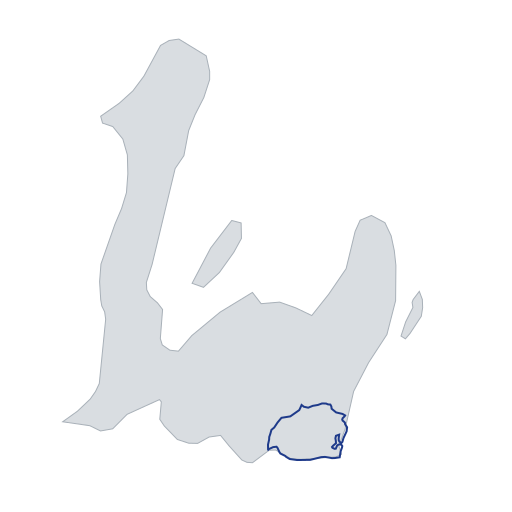 Haiti, with Nord-Est highlighted, rotated 97°
{"feature_id": "HTI-1386", "entity_name": "Nord-Est", "entity_type": "Department", "adm_level": 1, "iso_a3": "HTI", "parent_name": "Haiti", "parent_adm1": "", "projection": "robinson", "projection_center": [-71.895, 19.504], "detail": "fine", "context": "in_parent", "style": "outline", "palette": "blue", "viewbox_px": 512, "rotation_deg": 97, "n_neighbors": 0, "source": "natural_earth", "source_scale": "10m", "svg_char_len": 2491}
<svg xmlns="http://www.w3.org/2000/svg" viewBox="0 0 512 512"><g transform="rotate(97 256 256)"><path d="M442.4,147.1L445.6,152.1L452.3,185.8L452.9,196.6L446.2,212.9L447.2,219.3L461.6,234.3L461.9,239.8L460.2,245.2L447.8,259.5L438.4,269.3L441.4,280.5L449.1,291.1L450.0,300.0L447.7,311.7L435.9,326.3L429.8,331.6L412.3,332.2L410.3,334.3L419.0,348.6L428.9,364.7L445.0,377.2L448.6,389.0L444.7,400.2L444.1,427.7L431.8,414.3L418.2,403.1L410.1,398.8L401.7,396.0L337.1,397.5L329.9,399.4L324.3,403.0L318.3,404.8L300.5,408.1L282.9,408.9L241.7,399.9L225.3,395.2L208.9,392.3L190.1,393.2L171.3,396.0L156.2,402.4L145.0,413.9L142.8,424.5L136.2,427.2L121.0,410.3L107.1,398.3L91.2,389.2L58.6,376.4L52.7,368.5L50.1,359.0L63.4,329.8L78.4,324.5L86.6,323.5L105.1,327.1L123.2,333.7L139.7,338.1L165.2,339.8L179.0,346.9L277.0,358.1L295.6,361.6L302.9,360.3L309.2,356.0L314.5,348.1L320.5,342.2L349.6,340.9L355.7,338.2L360.0,330.0L359.9,321.4L342.8,310.0L316.1,284.8L292.6,255.1L302.7,245.1L298.9,226.9L302.7,210.0L308.3,193.4L285.1,179.2L257.6,165.0L219.5,160.6L207.8,157.0L201.7,146.4L207.2,132.1L219.6,124.3L233.8,119.4L248.3,116.0L283.3,112.0L318.0,116.5L348.0,131.2L378.5,142.6L417.0,146.5L434.4,150.6L442.4,147.1ZM293.5,304.3L290.9,316.1L253.7,302.0L223.7,284.4L225.0,274.8L240.3,272.6L255.1,278.5L276.8,290.3L293.5,304.3ZM314.1,93.7L320.0,97.6L317.8,102.3L303.1,99.4L288.0,94.0L283.0,95.4L280.0,94.7L271.2,89.6L278.9,85.6L287.0,84.3L295.7,84.6L314.1,93.7Z" fill="#d9dde1" stroke="#a8b0b8" stroke-width="1"/><path d="M445.6,148.4L446.9,153.0L447.4,156.0L447.2,158.6L447.0,163.0L447.7,166.8L451.7,177.3L453.5,190.3L453.4,197.8L451.7,201.6L450.9,202.6L449.1,207.7L447.7,208.9L443.8,211.3L442.8,212.4L443.6,215.7L446.1,219.7L446.8,220.3L446.7,220.4L441.8,221.1L436.6,220.6L434.0,220.8L430.7,220.1L426.7,219.5L424.0,217.0L418.6,214.3L413.5,211.0L411.0,202.4L403.7,194.3L401.0,193.4L398.3,192.6L399.8,190.1L400.2,185.7L397.8,181.4L396.3,176.4L394.3,172.5L393.9,168.5L394.5,166.4L394.4,164.1L396.1,162.9L398.4,162.3L401.5,157.4L402.2,150.9L402.7,149.7L403.4,148.1L404.4,148.6L406.4,150.2L407.7,150.5L408.8,150.0L409.6,148.7L410.5,147.5L412.2,147.0L414.9,144.7L419.0,144.7L426.1,147.0L430.0,147.6L431.1,148.4L430.2,150.5L428.9,151.4L427.2,151.7L423.2,151.7L424.7,154.7L427.2,155.0L429.9,154.2L432.1,153.8L434.7,156.2L436.3,157.3L437.0,156.8L437.8,154.5L437.5,153.3L434.3,152.4L433.3,151.4L432.7,149.9L433.0,148.2L434.1,147.2L435.7,147.3L439.5,148.2L445.6,148.4Z" fill="none" stroke="#1e3a8a" stroke-width="2"/></g></svg>